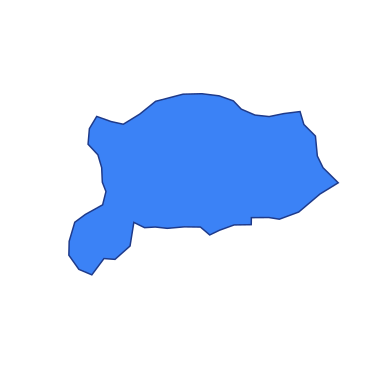 Lakatameia, Nicosia, Cyprus, rotated 121°
{"feature_id": "46923920B42994337546292", "entity_name": "Lakatameia", "entity_type": "district", "adm_level": 2, "iso_a3": "CYP", "parent_name": "Cyprus", "parent_adm1": "Nicosia", "projection": "robinson", "projection_center": [33.31, 35.116], "detail": "fine", "context": "isolated", "style": "filled", "palette": "blue", "viewbox_px": 384, "rotation_deg": 121, "n_neighbors": 0, "source": "geoboundaries", "source_scale": "gbopen_adm2", "svg_char_len": 779}
<svg xmlns="http://www.w3.org/2000/svg" viewBox="0 0 384 384"><g transform="rotate(121 192 192)"><path d="M108.8,71.4L103.7,92.2L96.6,103.1L80.5,115.0L76.5,130.9L68.7,139.4L67.4,140.8L77.5,153.7L87.6,164.7L93.6,177.6L95.6,192.5L92.6,203.4L95.6,218.3L102.7,234.2L112.8,250.1L133.0,269.9L152.1,276.9L169.3,285.8L173.3,297.7L176.3,312.6L190.5,312.6L204.6,305.7L208.6,291.8L217.7,281.9L229.8,273.9L235.9,266.0L249.0,262.0L266.2,271.9L278.3,276.9L297.5,271.9L309.6,265.0L316.6,249.1L314.6,235.2L294.4,233.2L289.4,223.3L270.2,217.3L248.0,226.2L247.0,214.3L240.9,205.4L235.9,194.5L225.8,180.6L217.7,166.7L219.7,154.7L210.7,148.8L198.5,138.9L189.5,124.4L183.4,127.9L174.3,113.0L170.3,103.1L154.2,90.2L127.9,81.3L108.8,71.4Z" fill="#3b82f6" stroke="#1e3a8a" stroke-width="1.5"/></g></svg>